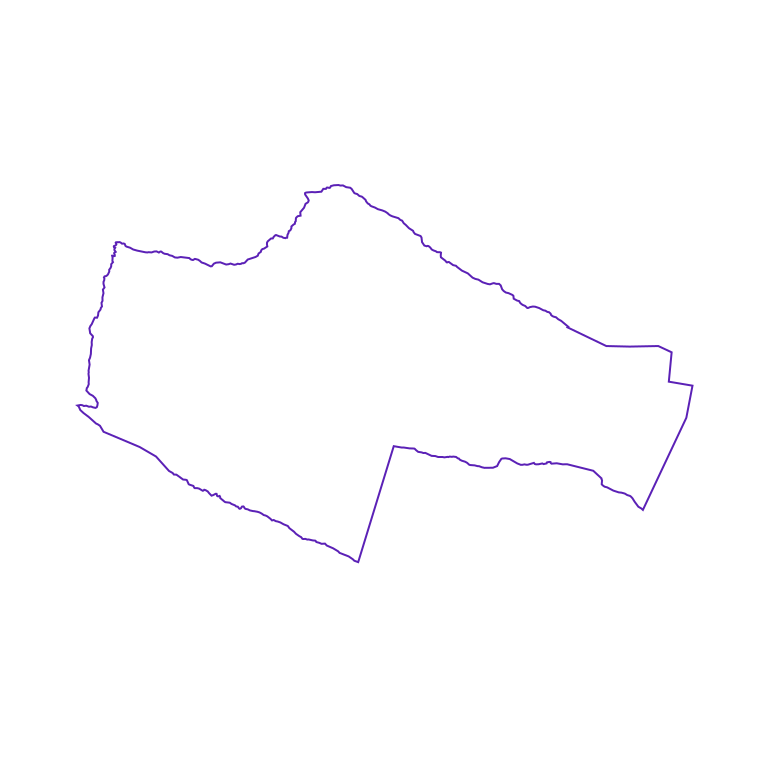 Ullum, San Juan, Argentina (Equal Earth projection), rotated 107°
{"feature_id": "61730980B46716169011508", "entity_name": "Ullum", "entity_type": "district", "adm_level": 2, "iso_a3": "ARG", "parent_name": "Argentina", "parent_adm1": "San Juan", "projection": "equal_earth", "projection_center": [-68.925, -31.048], "detail": "fine", "context": "isolated", "style": "outline", "palette": "violet", "viewbox_px": 768, "rotation_deg": 107, "n_neighbors": 0, "source": "geoboundaries", "source_scale": "gbopen_adm2", "svg_char_len": 6163}
<svg xmlns="http://www.w3.org/2000/svg" viewBox="0 0 768 768"><g transform="rotate(107 384 384)"><path d="M275.4,224.5L271.8,233.1L271.1,236.4L269.9,239.0L270.0,241.5L269.8,242.9L269.0,244.6L268.0,245.2L267.1,247.2L267.3,248.9L266.7,251.1L266.9,253.3L266.0,257.8L265.9,262.1L266.4,264.3L267.8,266.9L269.1,268.3L269.4,269.2L268.1,271.8L267.8,274.6L267.2,276.3L266.4,277.8L265.2,278.9L265.3,281.1L264.5,284.9L261.9,286.0L261.3,287.1L260.7,291.5L260.9,294.2L260.1,296.7L258.9,298.7L255.6,301.2L254.6,303.3L255.4,305.8L255.4,308.4L256.0,309.5L257.7,311.8L258.0,314.1L257.9,319.5L256.6,324.2L256.8,327.4L256.4,330.4L253.7,336.2L252.8,342.6L250.7,348.3L249.9,349.7L250.1,352.7L248.4,357.5L248.6,358.4L249.3,359.2L249.3,359.7L248.1,361.5L246.2,366.6L244.6,367.3L241.7,367.9L241.6,369.0L242.4,371.8L241.9,373.3L241.8,375.8L241.4,377.7L239.9,379.8L239.1,381.7L239.2,382.7L239.8,383.5L239.8,385.9L237.2,389.1L232.9,391.0L231.8,392.3L231.4,398.2L230.2,400.0L229.0,401.0L227.7,405.7L225.5,409.7L224.5,412.1L222.5,414.4L222.3,416.4L221.2,418.7L221.2,425.1L220.9,427.4L220.2,429.5L219.7,430.2L218.8,433.2L218.5,436.3L218.6,441.0L217.9,444.3L217.7,448.1L217.4,449.2L216.4,450.6L216.3,451.7L215.7,452.9L214.6,454.5L213.3,455.5L211.6,459.2L211.3,460.1L211.4,462.5L210.2,465.1L210.2,467.6L210.0,468.3L206.9,472.0L206.2,473.7L206.8,477.7L206.1,481.3L207.0,483.8L207.0,485.6L208.6,490.0L210.2,492.6L212.0,493.0L212.4,493.5L212.7,495.7L213.0,496.2L214.4,496.6L215.1,499.1L218.4,500.1L220.8,506.0L221.5,509.0L223.1,513.1L223.7,514.5L224.5,515.3L225.4,515.1L226.2,514.4L228.8,511.1L230.4,509.7L231.9,509.7L232.7,510.0L234.6,511.7L238.8,512.0L244.2,514.3L247.4,513.0L248.8,515.6L250.6,516.6L251.2,516.7L254.2,516.0L255.1,516.4L256.9,516.1L257.9,517.1L260.4,518.6L262.2,518.1L264.4,518.5L265.7,519.7L267.5,519.5L269.5,519.9L272.4,519.4L272.7,520.3L273.3,520.8L273.6,523.0L273.0,525.1L273.4,526.7L273.1,530.8L273.5,531.4L275.5,532.5L277.3,532.9L277.9,534.6L281.6,536.9L283.0,537.2L284.6,536.8L286.6,535.8L289.6,538.3L290.5,539.7L291.3,540.2L292.3,540.5L293.6,540.4L295.9,542.1L298.2,542.2L300.1,544.0L304.8,550.7L308.6,552.5L309.6,553.7L310.0,555.1L310.6,555.5L311.5,557.0L311.8,559.1L313.0,560.5L313.8,562.2L313.7,566.0L314.9,567.7L315.9,569.9L315.5,576.1L317.1,580.1L318.7,581.9L321.7,583.1L322.2,584.2L321.2,590.4L321.1,594.0L320.1,596.1L319.5,598.0L319.6,600.8L319.7,601.5L321.1,602.7L321.4,603.7L321.3,605.4L320.5,607.0L322.0,615.5L323.6,618.5L324.1,621.0L323.4,624.0L323.6,626.8L323.1,628.8L323.6,631.9L323.4,633.5L322.5,635.7L322.7,636.6L324.1,637.7L323.7,640.2L323.9,640.9L324.5,642.5L326.1,644.7L326.8,647.7L327.4,648.8L327.8,650.7L328.6,659.0L328.7,663.2L327.9,666.7L327.9,670.5L327.5,671.6L325.8,673.0L325.8,674.3L326.4,675.5L325.8,677.0L325.6,678.2L326.8,681.7L327.4,681.9L328.5,680.8L329.1,680.8L329.9,681.2L331.1,682.6L331.5,682.6L332.1,682.2L332.4,680.9L333.7,681.3L334.7,681.0L336.1,679.2L337.3,680.3L338.1,680.2L339.1,679.3L340.2,678.9L340.7,679.6L340.6,681.0L340.8,681.5L342.5,680.5L345.8,679.7L346.7,678.8L349.2,679.9L351.1,679.3L352.8,679.4L355.1,680.2L356.8,679.6L359.8,680.0L361.0,680.5L362.1,681.4L362.8,682.7L364.0,683.0L364.7,682.3L366.6,681.9L368.3,682.1L370.3,681.5L373.4,679.5L375.9,680.4L379.2,678.8L383.4,678.6L386.8,677.5L389.0,677.9L392.3,676.4L394.0,677.0L395.8,676.9L398.9,678.1L402.1,677.5L404.5,677.8L405.0,679.9L405.9,680.2L412.3,681.0L414.2,681.7L416.9,682.0L421.4,679.8L423.4,676.4L424.3,676.0L426.1,676.3L429.4,675.8L432.2,674.8L435.6,674.5L441.0,673.1L444.8,672.8L447.5,673.1L451.5,671.2L457.8,670.4L459.0,669.8L460.6,669.6L464.4,667.9L468.7,667.0L470.4,666.3L473.5,666.5L474.8,667.0L477.3,666.7L479.7,662.6L480.4,659.0L482.0,655.9L483.3,654.6L484.1,654.2L485.8,652.2L488.4,651.8L490.2,651.9L491.2,652.9L491.4,655.6L491.2,657.6L492.0,659.5L491.8,662.4L492.8,664.6L492.5,666.1L492.7,667.9L494.2,670.8L494.7,669.4L497.7,666.8L499.6,662.9L501.9,656.6L506.0,647.8L506.2,646.1L507.0,643.4L511.7,638.2L515.7,599.2L520.0,580.8L530.0,564.2L530.9,560.1L532.0,558.5L531.4,556.0L534.1,548.2L533.5,545.4L533.6,544.4L536.9,541.5L537.1,540.8L537.2,536.5L538.7,535.1L538.9,534.4L538.2,532.3L538.1,530.2L539.1,526.2L538.7,525.5L537.7,525.0L537.7,523.5L538.3,521.1L539.5,519.4L541.2,516.3L540.3,515.0L538.2,512.9L538.0,512.0L539.8,510.9L540.0,509.8L539.1,508.5L539.9,507.7L541.0,507.2L543.2,502.0L543.4,501.2L542.6,496.8L543.3,494.7L543.6,491.1L544.3,489.6L544.1,487.9L545.4,486.2L545.5,485.4L544.7,484.5L542.8,484.0L542.2,482.8L542.3,482.3L543.7,480.7L543.9,479.7L543.7,477.6L544.1,475.3L543.8,471.8L543.6,471.2L543.2,467.7L543.2,465.5L543.7,463.0L544.5,460.7L544.4,458.8L544.7,456.9L546.1,453.2L547.2,451.2L546.3,449.7L546.8,447.4L546.6,445.5L546.7,442.6L547.5,439.1L547.9,434.5L549.6,432.2L551.6,426.8L553.0,424.4L554.2,420.7L554.7,418.4L555.9,416.8L555.9,416.0L555.1,413.9L555.2,411.9L554.7,410.6L554.4,406.3L553.9,404.0L554.1,403.4L554.9,402.5L554.8,399.5L555.1,397.0L553.9,393.8L555.2,391.5L556.0,384.6L557.4,379.0L558.5,377.1L559.2,367.4L560.7,362.6L561.7,360.7L561.9,356.6L440.6,356.5L439.6,348.6L439.0,346.7L438.1,340.8L436.9,336.3L437.0,335.6L437.8,334.2L438.9,331.5L438.4,328.0L438.5,326.2L437.8,324.3L438.8,317.5L437.9,313.8L438.0,310.9L436.7,306.6L436.5,304.8L435.1,301.9L435.1,301.2L434.2,299.9L433.8,297.7L433.2,296.7L432.7,293.8L433.5,291.6L433.4,290.6L434.2,289.4L434.6,287.2L434.6,283.7L435.1,281.4L436.3,278.9L436.3,277.9L435.3,273.5L435.2,270.6L434.8,269.0L435.0,266.1L434.8,263.4L432.2,255.3L429.4,251.8L425.1,251.1L421.3,249.9L420.7,249.2L419.5,246.0L419.0,241.8L421.0,233.3L421.3,229.5L420.8,228.0L419.8,226.2L419.6,224.2L419.1,222.8L415.6,217.6L416.4,216.5L416.4,215.2L415.6,212.8L413.7,209.4L413.9,207.9L412.4,205.3L411.4,205.3L411.1,204.9L410.1,202.9L410.0,201.9L410.9,201.4L411.2,200.5L409.3,195.6L408.6,189.7L407.2,185.4L405.8,158.5L410.7,148.4L411.2,148.3L412.4,147.3L416.2,146.5L416.9,145.4L417.7,143.1L417.6,140.4L418.9,133.5L419.0,127.8L418.5,125.3L418.4,122.7L418.4,121.6L419.1,118.9L419.1,116.1L419.5,114.9L420.6,113.0L423.3,109.9L427.0,104.9L427.8,101.5L428.7,99.6L327.9,85.0L295.4,88.5L298.5,112.3L269.6,118.2L267.5,132.8L276.4,160.0L282.7,182.5L276.2,225.0L275.4,224.5Z" fill="none" stroke="#5b21b6" stroke-width="2"/></g></svg>